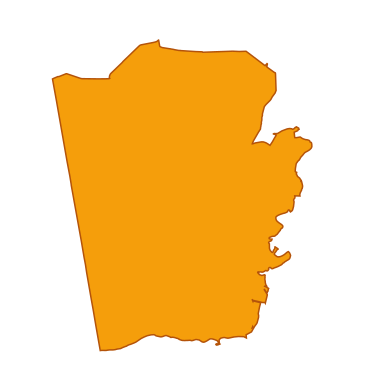 Limanu, Constanta, Romania (Mercator projection), rotated 83°
{"feature_id": "2599482B33389686474372", "entity_name": "Limanu", "entity_type": "district", "adm_level": 2, "iso_a3": "ROU", "parent_name": "Romania", "parent_adm1": "Constanta", "projection": "mercator", "projection_center": [28.522, 43.777], "detail": "fine", "context": "isolated", "style": "filled", "palette": "amber", "viewbox_px": 384, "rotation_deg": 83, "n_neighbors": 0, "source": "geoboundaries", "source_scale": "gbopen_adm2", "svg_char_len": 5960}
<svg xmlns="http://www.w3.org/2000/svg" viewBox="0 0 384 384"><g transform="rotate(83 192 192)"><path d="M62.8,316.7L85.4,315.4L146.1,312.3L161.5,311.3L169.2,311.0L171.0,311.0L227.9,307.8L243.4,307.1L251.1,306.6L258.9,306.4L285.2,305.1L297.7,304.4L313.2,303.7L338.2,302.4L338.2,300.9L338.8,296.6L338.7,295.4L338.7,293.0L339.1,289.6L339.1,287.5L338.8,285.6L338.7,282.0L337.9,279.7L337.2,276.9L337.0,275.7L336.5,274.8L336.0,273.3L335.7,271.5L334.7,267.7L334.1,265.9L331.2,260.3L330.1,257.2L329.2,254.0L328.8,250.1L328.9,248.2L329.0,247.0L329.5,246.2L330.4,245.2L331.7,241.6L332.0,240.6L332.0,239.8L331.9,238.8L331.3,236.3L331.3,235.4L331.4,234.8L333.1,231.5L333.7,230.9L333.8,230.4L333.7,229.4L334.1,227.7L334.8,225.9L335.1,225.5L335.5,224.3L336.3,222.9L336.7,222.8L336.9,222.4L337.8,220.6L338.2,219.5L338.3,218.6L338.5,217.9L338.7,215.2L338.8,214.3L338.9,212.1L339.0,211.7L339.4,211.0L339.5,210.3L339.5,209.4L338.9,206.4L339.0,205.4L339.8,202.8L341.9,200.4L342.3,199.5L342.5,198.7L342.4,197.7L342.0,196.5L341.5,195.2L340.2,192.5L340.0,191.6L340.2,190.3L340.5,189.3L341.3,187.5L342.5,185.3L343.5,184.5L344.0,184.3L345.2,184.4L345.6,184.6L345.8,184.9L345.9,185.6L346.1,186.0L345.7,186.2L345.9,186.7L346.3,186.9L346.9,186.4L346.9,185.1L346.3,182.8L345.6,183.2L344.3,183.3L342.3,183.1L341.9,182.9L340.8,181.6L340.6,181.2L340.4,179.7L340.3,178.6L340.4,177.4L340.9,176.1L341.4,174.5L341.5,173.6L341.0,168.0L341.1,163.5L341.9,158.3L343.5,155.8L340.3,155.7L338.1,150.0L334.4,147.3L333.8,148.2L334.0,148.7L333.1,148.2L333.6,148.1L334.2,147.1L333.3,146.5L330.6,143.9L329.7,143.3L324.5,141.2L322.6,140.9L320.8,141.1L313.9,138.8L310.3,137.3L307.6,144.4L307.8,144.7L308.0,144.8L305.7,145.5L306.8,144.9L307.2,144.0L310.4,135.1L310.5,133.1L311.3,132.8L303.9,130.0L303.0,129.8L298.3,131.9L297.8,132.2L297.7,132.7L297.4,131.3L297.7,131.7L298.0,131.7L301.6,130.1L301.5,129.9L301.1,129.7L299.8,129.0L299.8,128.8L297.3,127.9L297.2,127.7L296.9,127.8L296.0,129.1L295.0,130.3L294.5,131.3L294.3,131.1L295.1,129.7L294.7,129.2L293.1,130.0L290.9,130.3L289.8,130.2L287.3,130.3L285.6,129.9L284.8,129.9L283.8,129.6L283.4,129.6L283.0,130.1L283.0,130.5L283.3,131.9L283.3,133.1L282.2,135.2L281.8,135.5L280.9,135.6L280.6,136.3L280.2,136.5L279.8,136.6L279.6,136.5L279.4,136.3L279.3,135.9L279.6,134.9L279.7,133.5L279.9,132.8L280.1,132.3L280.1,131.9L280.0,130.9L279.0,128.6L278.9,128.3L279.4,127.4L279.5,127.0L279.3,126.4L279.0,126.0L278.2,125.3L277.2,125.3L276.5,124.7L276.4,124.0L276.6,123.2L277.4,122.7L277.7,122.4L277.9,121.9L277.9,121.2L277.2,119.1L277.1,118.3L276.4,115.6L275.1,112.1L274.8,111.6L273.7,110.4L273.4,109.4L272.7,108.6L272.1,107.2L271.5,106.1L271.3,105.4L270.8,104.4L270.2,103.4L269.3,102.8L267.1,101.9L266.3,102.0L264.3,102.6L262.9,103.6L262.9,103.8L263.7,105.6L264.3,106.3L265.6,108.5L266.3,110.2L266.6,111.1L266.9,112.4L266.9,114.4L266.7,115.0L266.4,115.6L264.7,117.3L263.8,117.9L263.6,117.9L263.2,117.7L262.3,117.0L261.4,116.0L260.0,114.9L259.4,114.0L259.3,113.6L259.2,113.5L258.8,113.6L256.6,116.2L256.7,116.5L257.2,116.4L257.8,116.6L258.8,117.2L259.9,118.3L261.2,118.7L261.8,119.4L261.7,119.9L260.5,120.9L259.0,121.7L257.4,122.0L252.9,121.5L252.5,121.9L251.5,122.1L250.9,121.6L250.5,120.8L250.2,119.7L249.9,119.0L248.6,118.3L248.2,120.1L247.9,120.8L247.7,121.1L247.0,121.0L246.6,120.8L245.8,118.0L245.9,115.5L245.5,114.5L245.0,113.9L244.4,112.7L241.4,109.8L241.0,109.2L239.9,108.6L239.0,107.6L238.7,106.7L238.1,106.3L237.3,106.0L236.5,106.1L235.1,107.1L234.8,107.6L232.7,109.9L231.1,111.3L230.0,111.8L228.9,112.0L227.6,111.9L227.0,111.7L226.4,110.9L225.6,109.3L224.9,106.8L224.4,104.2L224.2,102.4L223.7,100.6L223.2,99.6L221.8,98.8L221.6,98.4L221.8,97.7L222.2,97.3L222.6,97.1L223.1,97.2L223.8,96.7L222.9,95.1L222.0,94.3L218.8,93.0L214.2,91.9L212.9,92.1L212.2,92.1L211.6,91.8L210.7,90.8L209.5,90.4L208.4,90.5L209.1,85.3L208.1,85.4L207.0,85.1L205.9,84.6L203.5,83.0L203.1,83.0L202.4,82.6L202.0,82.2L200.2,81.6L199.0,81.5L195.2,81.9L194.9,82.6L194.5,82.6L194.3,82.1L194.0,82.1L192.8,82.8L191.3,83.5L189.7,85.1L189.1,85.5L188.1,85.7L187.2,86.2L186.8,86.3L185.6,85.7L185.2,85.7L184.7,86.7L184.4,86.9L183.9,87.0L180.9,86.4L176.9,85.2L176.3,84.9L174.5,83.3L173.5,82.1L173.3,81.6L170.9,79.9L170.5,79.5L169.0,77.7L167.4,76.1L166.8,75.4L166.4,74.7L165.4,72.1L164.5,70.2L163.2,68.5L162.4,67.9L161.5,67.5L159.3,67.3L157.9,67.4L157.3,67.7L156.9,68.5L156.6,68.8L155.8,68.9L155.3,69.3L154.9,69.7L154.1,71.6L154.0,72.5L152.9,75.0L151.9,76.5L150.8,77.6L150.6,78.0L150.8,81.8L150.6,83.3L149.6,83.4L145.1,83.3L144.2,80.1L143.9,79.5L143.0,78.9L142.8,78.1L141.5,78.4L141.3,78.8L140.2,80.2L140.0,80.6L140.5,81.0L140.6,81.3L140.6,81.8L141.7,83.2L142.0,84.2L141.9,84.6L141.4,85.3L141.1,86.4L140.9,87.2L140.9,88.7L141.0,90.0L142.3,95.3L144.3,99.8L144.4,100.7L144.2,101.4L144.3,102.0L144.0,102.9L144.0,103.4L144.2,104.1L144.4,104.1L144.7,103.2L145.5,101.9L145.8,101.6L146.2,101.7L148.8,103.8L152.0,106.1L155.2,108.9L153.3,111.1L152.1,112.7L151.0,115.0L150.7,117.2L151.0,123.1L151.6,125.9L151.5,126.3L148.9,124.9L140.8,118.8L137.9,116.4L136.1,116.0L135.0,115.6L133.7,115.3L132.7,114.8L131.3,114.7L129.0,113.9L126.5,113.6L124.7,112.8L123.1,112.6L116.1,109.8L114.2,107.9L110.6,103.3L109.7,102.4L107.4,100.8L103.8,97.4L102.2,96.6L101.6,96.2L85.9,94.8L84.2,94.7L83.9,94.8L83.0,96.1L77.5,102.0L77.3,102.0L76.7,102.6L74.7,101.7L74.0,101.6L73.7,101.9L75.5,104.1L58.9,121.2L58.3,128.0L57.2,134.5L54.6,164.3L54.4,164.6L54.1,164.8L53.1,171.1L50.2,186.4L50.0,186.6L50.0,187.5L48.8,191.4L48.1,193.3L47.5,195.4L47.3,195.9L46.8,197.8L45.0,204.0L44.0,205.8L43.7,206.1L43.2,206.3L37.2,206.6L37.1,206.8L37.7,207.6L38.2,208.4L38.6,209.8L38.9,212.4L39.7,224.2L39.8,225.0L40.2,226.1L40.9,227.1L52.5,242.5L54.1,244.6L54.9,245.4L64.3,257.9L64.9,258.6L66.5,259.6L67.9,260.0L68.4,260.1L69.2,259.8L69.3,260.1L69.4,260.5L69.1,264.3L68.2,272.0L66.1,287.5L65.6,288.9L60.5,299.5L59.4,301.8L59.3,302.2L59.3,302.6L61.2,309.9L61.2,310.2L61.1,311.1L62.3,315.3L62.8,316.7Z" fill="#f59e0b" stroke="#b45309" stroke-width="1.5"/></g></svg>